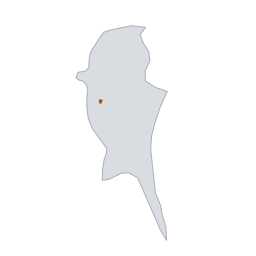 Vikla, Limassol, Cyprus shown in context, rotated 102°
{"feature_id": "46923920B11436010239704", "entity_name": "Vikla", "entity_type": "district", "adm_level": 2, "iso_a3": "CYP", "parent_name": "Cyprus", "parent_adm1": "Limassol", "projection": "natural_earth1", "projection_center": [33.205, 34.827], "detail": "fine", "context": "in_parent", "style": "filled", "palette": "amber", "viewbox_px": 256, "rotation_deg": 102, "n_neighbors": 0, "source": "geoboundaries", "source_scale": "gbopen_adm2", "svg_char_len": 1246}
<svg xmlns="http://www.w3.org/2000/svg" viewBox="0 0 256 256"><g transform="rotate(102 128 128)"><path d="M182.1,135.9L184.5,142.3L174.2,144.2L163.9,144.8L158.1,144.0L152.7,144.3L136.0,162.7L126.9,168.9L116.2,172.6L105.2,174.8L99.7,175.1L94.9,177.4L91.5,181.7L91.4,185.8L89.9,189.2L83.9,188.5L81.4,181.8L77.2,179.0L66.5,180.5L61.3,180.3L44.3,173.9L39.2,171.3L36.0,165.9L27.3,146.2L25.9,131.7L34.0,135.4L41.6,130.9L49.0,123.5L57.7,120.5L63.2,121.8L68.6,123.1L78.4,120.7L82.6,109.8L84.0,97.2L100.5,100.8L117.2,102.7L130.9,103.3L144.3,101.3L185.6,87.8L197.3,79.8L204.5,77.1L217.0,70.4L230.1,66.8L221.8,74.5L174.7,108.2L171.6,118.3L173.7,125.2L180.4,133.7L182.1,135.9Z" fill="#d9dde1" stroke="#a8b0b8" stroke-width="1"/><path d="M106.6,159.4L106.6,159.6L106.5,159.8L106.4,159.9L106.3,160.0L106.3,160.4L106.4,160.6L106.4,160.8L106.4,161.0L106.5,161.3L106.9,161.4L107.1,161.4L107.2,161.2L107.4,161.2L107.5,161.2L107.8,161.1L107.9,161.3L108.2,161.2L108.3,161.2L108.5,161.2L108.6,160.9L108.8,160.8L108.9,160.7L109.0,160.4L109.3,160.2L109.2,159.9L109.0,160.0L108.8,159.9L108.7,160.0L108.4,159.9L108.2,159.8L108.0,159.6L107.9,159.6L107.6,159.5L107.3,159.6L107.2,159.4L106.8,159.5L106.6,159.4Z" fill="#f59e0b" stroke="#b45309" stroke-width="1.5"/></g></svg>